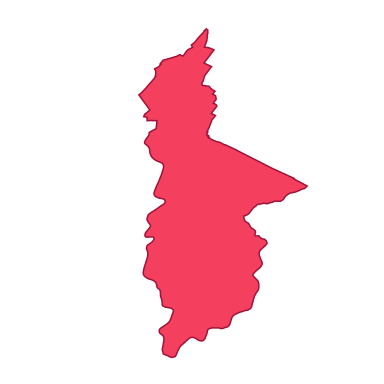 Ouder-Amstel, Noord-Holland, Netherlands, rotated 331°
{"feature_id": "6326949B48835479136340", "entity_name": "Ouder-Amstel", "entity_type": "district", "adm_level": 2, "iso_a3": "NLD", "parent_name": "Netherlands", "parent_adm1": "Noord-Holland", "projection": "robinson", "projection_center": [4.919, 52.295], "detail": "fine", "context": "isolated", "style": "filled", "palette": "rose", "viewbox_px": 384, "rotation_deg": 331, "n_neighbors": 0, "source": "geoboundaries", "source_scale": "gbopen_adm2", "svg_char_len": 6026}
<svg xmlns="http://www.w3.org/2000/svg" viewBox="0 0 384 384"><g transform="rotate(331 192 192)"><path d="M88.4,319.9L91.3,323.3L92.2,324.8L92.7,325.4L93.7,326.4L94.3,326.9L94.7,327.1L96.6,327.6L97.5,327.8L99.1,326.9L100.9,325.4L102.4,324.2L105.7,322.0L106.9,321.4L108.6,320.9L113.2,319.9L115.7,319.2L119.1,318.6L120.1,318.6L120.8,318.8L121.8,319.3L122.4,319.7L123.1,320.3L124.3,322.0L126.0,325.0L126.4,325.5L128.3,327.0L128.9,327.2L129.5,327.3L130.4,327.2L131.9,326.7L132.6,326.4L133.9,325.0L135.4,324.0L137.4,321.9L138.6,320.5L139.3,320.0L140.0,319.9L140.5,319.9L141.7,320.1L144.2,320.8L145.8,321.8L149.5,323.8L149.9,324.1L150.3,324.8L150.6,325.1L152.3,326.1L152.8,326.3L155.3,326.6L157.7,327.2L158.5,327.1L160.3,326.5L160.7,326.2L162.1,325.0L165.5,321.6L166.5,320.9L167.4,320.4L168.7,320.1L170.4,320.0L174.5,320.2L176.8,320.6L178.6,321.1L180.6,321.3L183.0,322.2L183.8,322.4L185.5,322.5L186.8,322.2L187.8,321.8L188.4,321.3L191.4,318.1L192.5,317.2L193.0,316.4L193.7,315.6L195.3,314.3L195.6,313.9L196.0,313.5L196.8,312.9L198.9,311.6L201.6,310.3L203.3,309.0L204.0,308.2L205.9,304.6L206.3,303.5L206.5,302.4L206.4,301.1L204.9,295.4L204.9,294.5L205.2,293.9L206.1,293.3L207.2,292.8L211.0,291.8L213.8,291.4L215.0,291.0L216.3,290.5L217.7,289.6L218.5,288.9L219.0,288.1L219.2,287.6L219.5,284.2L220.1,280.4L220.7,278.7L221.2,277.8L221.4,277.5L222.8,276.5L224.0,275.9L225.6,275.5L230.1,274.5L232.7,273.4L232.8,273.2L233.2,271.6L233.3,270.6L232.6,268.6L232.2,268.1L231.1,267.4L230.8,267.2L230.5,266.8L229.6,264.7L229.4,263.9L229.4,263.2L229.3,262.9L228.5,262.3L226.8,261.6L226.3,261.2L226.0,260.7L226.0,260.4L226.0,260.1L227.6,258.6L228.0,258.0L228.3,257.3L228.5,256.8L228.4,256.1L227.5,254.0L227.1,253.2L226.3,251.7L226.2,251.0L226.3,249.8L226.3,247.1L226.1,246.4L225.4,245.3L224.8,244.3L224.5,243.7L224.3,243.0L224.3,242.6L224.5,241.8L224.7,240.1L225.0,239.3L225.5,238.1L226.1,238.3L228.0,238.6L229.2,238.7L230.7,238.6L231.8,238.3L236.7,236.1L237.5,235.8L238.9,235.5L240.9,235.3L242.8,234.7L243.3,234.6L243.6,234.7L244.7,235.2L246.8,235.9L248.5,236.4L249.6,236.9L250.3,237.3L251.9,238.6L252.3,238.8L255.2,239.2L256.8,239.9L259.0,240.0L260.2,240.3L261.2,240.8L264.0,242.6L265.0,243.0L265.8,243.0L266.8,243.0L268.5,242.7L269.3,242.3L271.0,241.4L272.0,241.0L274.0,240.6L276.0,240.5L277.1,240.5L277.9,240.6L280.4,241.6L282.6,242.2L286.5,242.7L290.1,242.9L291.9,243.5L292.8,243.4L295.6,242.6L292.0,236.9L287.3,229.8L287.9,229.6L274.1,210.9L251.4,177.3L251.5,177.2L248.8,173.4L246.0,169.6L244.2,167.1L243.1,166.0L242.0,164.6L240.8,162.4L240.2,161.8L238.2,160.1L235.3,156.6L234.8,155.7L232.9,152.7L233.7,152.4L232.7,151.4L233.9,150.6L232.5,149.2L233.2,148.4L234.9,147.2L234.3,146.7L238.2,143.9L244.2,138.8L249.6,136.5L246.9,132.7L255.4,129.0L255.4,127.3L255.2,126.8L253.9,125.0L253.7,124.6L258.1,122.7L259.2,119.4L259.3,119.1L257.5,116.5L261.0,115.0L259.7,112.7L259.0,111.3L258.6,110.3L258.4,109.3L258.3,107.8L257.1,107.1L254.9,105.2L254.5,105.0L254.2,104.9L253.6,104.4L253.1,103.8L252.7,103.6L253.3,102.2L253.5,101.1L254.2,101.0L255.1,100.8L257.2,98.6L259.7,96.3L269.9,91.8L265.0,85.0L280.1,78.4L277.8,75.3L276.9,74.3L275.8,73.3L273.1,71.3L277.8,67.3L277.8,67.1L278.0,66.9L278.6,66.6L279.1,65.7L279.9,64.6L280.9,63.5L281.1,63.1L281.3,62.3L282.0,61.5L282.8,60.9L283.0,60.5L283.2,60.2L283.3,59.7L284.3,58.3L284.3,58.0L284.0,57.3L283.9,57.3L283.6,56.2L282.5,56.5L281.8,56.9L281.6,56.9L281.7,57.0L278.8,58.1L274.9,59.3L271.2,60.6L267.6,62.1L266.1,62.6L262.7,63.1L262.6,65.8L258.4,65.6L257.3,65.6L256.1,66.0L254.8,66.5L254.0,66.7L253.4,67.2L252.9,67.5L250.0,68.7L247.8,65.9L244.4,65.9L230.5,62.7L226.3,64.5L226.7,65.1L223.9,66.3L221.5,66.3L219.0,66.1L218.9,68.1L218.8,68.6L218.4,69.8L217.8,70.8L217.3,71.5L216.6,72.2L215.8,73.0L216.0,73.4L213.9,74.4L210.7,75.6L208.8,76.2L202.3,78.7L195.7,80.8L192.6,81.3L194.9,99.8L190.7,100.7L188.6,101.0L187.8,101.4L186.3,102.8L187.4,103.6L188.5,104.5L188.8,104.9L187.3,107.9L191.5,109.9L191.7,110.0L191.7,110.3L192.1,110.5L195.9,112.6L193.6,116.0L191.3,119.2L187.3,119.1L183.4,119.2L183.4,119.5L182.4,120.9L180.6,122.1L177.4,123.4L175.0,125.0L174.6,125.6L174.3,126.3L174.3,126.7L174.4,127.3L175.3,129.5L175.7,130.9L175.9,132.6L175.6,134.0L174.8,135.9L174.2,137.3L173.9,138.8L173.7,140.6L173.9,142.6L174.5,144.4L175.4,146.3L176.3,147.8L179.2,151.3L179.7,152.2L180.2,154.0L179.8,155.3L179.4,156.1L178.7,157.1L173.5,162.2L170.7,164.4L169.4,165.6L166.6,167.6L161.0,171.9L158.9,173.8L158.3,174.5L157.8,175.4L157.6,176.0L157.5,176.6L157.7,177.6L158.0,178.6L159.2,180.0L159.9,181.1L162.8,183.5L163.8,184.6L164.1,185.0L164.2,185.6L164.2,186.5L164.0,187.2L163.6,187.7L162.9,188.4L161.5,188.9L158.3,189.0L153.1,189.7L146.2,190.1L143.8,190.4L143.0,190.7L141.9,191.3L139.9,193.2L139.4,194.2L139.1,195.0L139.0,196.0L139.2,198.0L139.5,200.2L139.5,200.8L139.3,201.4L139.0,201.9L138.4,202.3L137.5,202.8L133.2,204.4L131.8,205.0L130.5,206.1L130.0,206.7L129.7,207.3L129.6,207.8L129.6,208.5L129.8,208.9L130.3,209.4L131.1,209.9L135.2,211.8L135.9,212.3L136.3,212.9L136.4,213.4L136.3,213.8L136.2,214.3L135.8,214.7L135.2,215.3L134.5,215.7L133.6,216.1L131.9,216.5L127.5,216.9L127.0,217.0L126.5,217.3L125.5,218.4L125.0,219.0L124.7,219.7L124.5,220.4L124.4,220.9L124.2,223.0L123.5,224.5L123.1,225.2L122.3,226.4L120.9,227.9L112.7,235.8L110.8,238.1L110.2,239.0L109.8,239.7L109.5,240.8L109.5,241.2L109.6,242.5L110.0,243.6L110.4,244.6L111.4,246.3L112.5,247.5L114.5,249.6L115.8,251.5L116.3,253.0L116.4,254.5L116.1,255.9L115.5,257.3L115.3,258.4L115.4,259.4L116.1,261.0L116.3,261.8L116.4,262.6L116.3,263.0L115.6,264.6L114.0,267.9L113.8,268.5L113.5,270.6L112.7,273.4L111.2,276.3L111.1,276.9L111.2,277.3L111.5,278.0L112.3,279.1L113.0,279.9L116.5,282.7L117.9,284.3L118.4,285.7L118.4,286.0L118.2,286.7L117.4,287.8L114.9,289.9L112.5,292.1L110.2,293.9L108.7,294.6L107.4,295.0L105.0,295.4L101.1,295.7L99.5,295.8L98.1,296.0L97.0,296.4L96.1,297.3L95.6,298.4L95.4,299.7L96.0,301.4L96.9,303.4L97.0,305.2L96.6,306.2L95.6,307.9L92.7,311.6L91.0,313.7L89.8,315.1L89.2,316.4L88.9,318.1L88.4,319.9Z" fill="#f43f5e" stroke="#9f1239" stroke-width="1.5"/></g></svg>